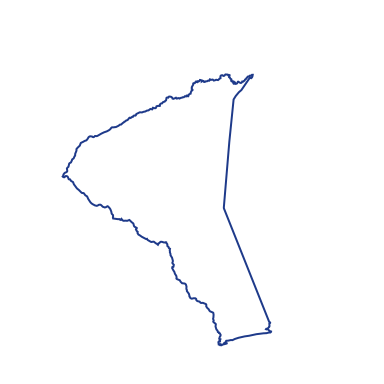 Cheringoma, Sofala, Mozambique (orthographic projection), rotated 22°
{"feature_id": "85939544B41216917110496", "entity_name": "Cheringoma", "entity_type": "district", "adm_level": 2, "iso_a3": "MOZ", "parent_name": "Mozambique", "parent_adm1": "Sofala", "projection": "orthographic", "projection_center": [35.177, -18.487], "detail": "fine", "context": "isolated", "style": "outline", "palette": "blue", "viewbox_px": 384, "rotation_deg": 22, "n_neighbors": 0, "source": "geoboundaries", "source_scale": "gbopen_adm2", "svg_char_len": 5973}
<svg xmlns="http://www.w3.org/2000/svg" viewBox="0 0 384 384"><g transform="rotate(22 192 192)"><path d="M113.7,137.7L111.3,140.4L111.1,140.9L111.2,141.7L111.0,142.3L109.7,142.7L109.3,143.4L109.1,144.3L108.6,144.4L108.3,145.1L107.9,145.3L107.4,146.4L106.3,146.5L106.1,146.8L105.4,149.2L104.9,149.8L104.2,150.3L103.6,151.6L102.9,152.2L102.8,152.8L102.0,153.9L101.0,156.0L100.0,156.5L99.0,158.2L97.1,160.3L95.9,160.9L95.4,161.3L93.6,162.0L93.0,163.1L92.7,164.4L91.8,165.9L90.3,167.7L88.1,169.6L86.1,171.8L83.3,175.4L82.7,175.9L81.1,176.4L80.4,177.8L80.0,178.1L79.4,178.2L78.8,178.0L77.2,178.3L76.2,178.9L75.6,179.9L75.2,182.4L74.7,183.7L73.3,184.9L72.4,186.1L70.6,188.1L70.5,188.5L70.6,191.0L69.3,193.9L68.8,195.5L69.4,197.0L69.4,200.3L70.0,202.1L69.7,203.0L69.7,204.8L69.6,205.3L68.7,206.7L68.8,207.7L68.7,209.9L67.8,211.0L67.5,211.6L68.0,214.9L67.4,216.1L67.2,217.0L68.5,219.3L68.5,219.7L68.2,220.6L67.1,221.6L66.6,222.6L66.3,223.8L66.5,225.4L66.3,226.1L66.8,226.3L67.9,226.3L68.3,225.9L68.6,225.0L69.0,224.5L69.9,224.2L70.8,224.3L71.4,224.7L72.9,226.3L73.4,226.3L73.9,226.0L74.3,226.0L75.6,227.0L78.0,227.4L79.6,229.1L84.0,231.8L86.3,232.5L89.8,234.0L90.6,234.1L91.4,233.7L92.2,233.7L94.3,235.0L96.4,235.4L98.5,237.4L101.7,239.6L103.1,240.2L104.4,240.5L107.1,240.8L108.9,240.5L109.6,239.9L110.5,238.7L111.7,238.1L112.7,238.2L114.8,239.1L117.0,239.0L117.9,238.3L118.8,237.0L119.1,236.8L119.7,236.9L121.8,237.9L122.8,238.6L124.5,240.4L125.6,242.1L126.0,242.4L127.4,243.0L127.9,243.9L128.1,245.0L128.8,246.1L133.6,244.9L135.2,244.2L135.5,244.2L135.9,244.7L136.4,244.6L136.9,244.3L136.9,243.5L138.4,244.3L139.4,244.3L141.3,243.4L142.7,243.0L144.4,241.4L145.0,241.6L147.4,242.6L149.2,243.1L149.6,243.4L150.9,245.2L151.7,245.7L154.2,246.0L154.4,246.6L154.0,247.2L154.0,247.7L155.3,248.8L156.6,249.3L156.8,250.4L158.2,251.5L160.2,251.8L162.1,252.3L166.8,252.8L167.3,252.7L167.8,252.3L168.3,252.8L169.0,253.1L172.4,253.6L173.0,253.6L174.8,252.5L175.4,252.4L177.6,253.1L178.8,253.2L180.2,253.7L180.3,253.1L180.2,252.2L180.9,251.4L181.3,250.3L181.5,250.0L182.6,249.5L184.9,249.3L185.9,248.9L186.6,248.3L187.0,248.3L187.5,249.1L188.5,249.5L188.8,249.9L189.4,251.3L190.9,251.8L191.5,252.6L192.9,252.9L193.1,254.3L193.7,255.1L194.0,256.1L195.2,257.4L195.8,258.7L198.1,260.4L200.0,262.9L200.3,263.8L200.3,265.0L200.6,265.4L202.4,266.3L202.8,268.3L202.6,268.6L202.1,268.7L201.9,268.9L202.1,270.0L204.4,271.9L205.4,272.5L206.8,274.2L208.8,275.6L209.7,276.9L210.0,278.1L210.8,278.4L213.7,278.4L215.1,279.5L217.0,280.3L219.5,279.6L220.5,279.8L221.1,280.2L222.3,281.7L223.1,284.0L223.9,284.7L224.4,285.8L227.2,287.5L228.3,288.9L228.8,289.9L229.6,290.3L229.9,290.7L230.4,291.0L231.8,291.0L233.3,289.9L235.0,289.3L235.9,289.6L236.4,290.5L237.3,291.0L238.3,291.1L240.1,290.8L241.2,291.4L241.9,291.5L243.6,290.7L246.8,290.7L247.2,290.9L247.5,291.2L248.1,292.8L249.8,293.9L251.1,294.3L252.8,295.6L253.6,295.9L256.4,295.9L257.0,296.1L258.0,297.7L258.9,300.5L259.0,301.5L259.2,301.9L260.2,302.9L260.3,304.3L261.0,304.7L262.8,305.2L263.6,305.6L264.2,307.9L265.8,309.9L266.3,310.4L267.5,310.9L268.4,312.1L269.5,312.1L269.9,312.7L270.7,312.6L272.1,313.8L272.3,314.7L272.0,315.6L272.2,317.9L272.7,318.2L273.5,317.9L273.6,318.2L273.2,319.3L273.7,319.5L274.0,320.1L273.1,320.7L272.7,321.3L273.9,323.4L274.3,323.3L274.6,322.8L275.6,322.3L276.1,322.5L276.0,323.3L276.7,323.1L277.7,321.9L280.3,320.0L280.9,319.5L280.9,319.3L280.1,319.4L279.5,319.9L278.5,319.9L278.6,319.6L279.6,318.7L279.4,317.4L279.5,317.1L281.2,316.3L283.5,314.7L285.0,314.2L286.8,312.2L289.8,309.7L295.0,306.1L298.8,303.9L305.0,299.7L311.3,296.2L313.9,295.0L315.8,293.6L317.3,292.9L317.7,292.0L317.6,291.7L316.6,291.8L315.7,291.7L313.9,290.9L313.4,290.9L312.5,291.5L312.0,291.5L312.1,291.0L313.2,290.4L314.1,288.3L313.9,287.8L314.1,287.3L313.0,285.1L313.2,284.6L313.5,284.2L313.4,283.8L313.1,283.6L312.2,283.5L227.7,195.2L227.3,194.4L207.8,131.5L195.9,90.6L196.6,86.6L198.1,81.9L199.6,79.0L202.6,65.3L203.3,64.2L204.2,64.3L204.7,63.3L204.7,62.0L204.4,60.6L203.7,60.9L203.4,61.8L202.1,62.4L201.3,63.7L200.4,64.2L200.2,65.4L199.8,66.1L199.8,66.8L199.1,67.8L199.0,69.1L198.5,69.6L198.2,70.4L197.2,70.7L197.2,71.6L196.9,72.2L196.5,72.6L195.6,72.7L193.4,72.4L193.2,72.7L193.1,74.4L192.1,75.4L191.7,75.3L190.8,74.3L190.5,74.3L190.4,75.0L190.8,75.7L190.3,76.0L189.9,75.9L189.0,75.0L188.9,74.7L189.0,74.0L188.5,74.0L187.3,74.6L187.0,74.5L186.6,74.1L186.7,73.4L186.2,72.7L185.1,72.6L184.3,71.8L183.4,71.7L183.2,71.4L183.3,70.2L183.1,69.6L182.4,69.6L181.7,70.2L181.1,69.8L180.6,69.9L180.0,70.2L179.3,70.3L178.9,70.6L178.5,71.9L178.0,72.5L177.3,72.6L176.7,72.3L176.0,72.5L175.1,73.3L175.0,74.0L175.8,75.9L175.0,76.6L174.8,77.4L174.2,78.5L172.3,78.9L171.7,79.6L170.5,80.5L169.1,80.0L167.6,80.9L166.4,80.8L166.3,81.4L166.5,81.8L166.3,82.4L165.1,82.8L164.6,83.6L162.7,84.6L162.7,85.1L162.4,85.3L161.6,85.4L160.9,84.8L160.3,84.9L159.8,85.6L159.7,85.0L159.3,84.8L158.4,85.1L157.8,85.0L157.5,85.1L157.7,85.7L156.7,87.1L156.2,86.9L155.8,87.1L155.6,87.5L155.8,87.8L155.7,88.2L155.4,88.2L154.6,87.9L154.4,88.0L154.5,88.6L153.9,89.1L153.8,90.0L152.6,90.6L152.5,91.0L152.9,92.0L152.5,95.0L152.9,95.5L153.1,96.6L154.1,96.9L154.3,97.4L153.6,98.6L153.6,100.4L153.9,101.3L153.4,101.7L152.4,103.1L152.7,104.1L152.6,104.7L152.2,104.8L151.1,104.5L150.9,104.6L150.9,105.5L150.6,105.7L149.6,105.8L148.9,107.2L147.8,107.7L147.4,108.3L146.6,108.7L146.1,109.3L145.5,109.6L145.4,110.0L144.0,110.1L143.2,110.9L142.8,111.1L141.8,110.6L141.4,111.2L140.6,111.8L140.0,112.5L139.0,112.7L138.2,111.9L137.1,111.6L135.7,111.8L134.9,112.2L134.6,113.0L134.6,113.4L133.6,113.6L133.1,114.3L133.6,116.6L133.5,117.0L133.0,117.6L132.8,118.5L131.6,119.3L131.0,121.1L130.3,121.4L129.7,122.2L129.5,123.1L129.6,123.5L130.0,124.1L129.9,124.3L128.4,124.8L127.0,125.8L127.0,127.6L126.7,128.0L126.0,128.3L124.2,128.5L124.1,129.0L124.3,130.0L124.2,130.3L122.3,130.6L121.1,132.6L119.6,133.5L118.6,134.8L116.9,135.9L115.9,136.9L113.7,137.7Z" fill="none" stroke="#1e3a8a" stroke-width="2"/></g></svg>